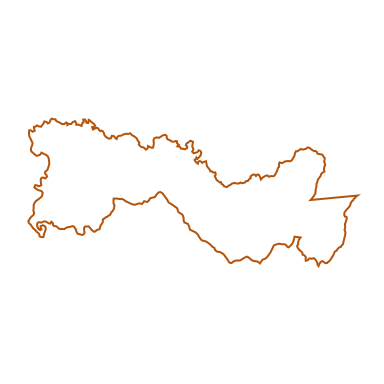 outline of Amaralina, Goiás, Brazil, rotated 357°
{"feature_id": "56859067B2639795556258", "entity_name": "Amaralina", "entity_type": "district", "adm_level": 2, "iso_a3": "BRA", "parent_name": "Brazil", "parent_adm1": "Goiás", "projection": "robinson", "projection_center": [-49.631, -13.842], "detail": "fine", "context": "isolated", "style": "outline", "palette": "amber", "viewbox_px": 384, "rotation_deg": 357, "n_neighbors": 0, "source": "geoboundaries", "source_scale": "gbopen_adm2", "svg_char_len": 6007}
<svg xmlns="http://www.w3.org/2000/svg" viewBox="0 0 384 384"><g transform="rotate(357 192 192)"><path d="M139.3,135.2L137.1,133.3L135.3,132.3L133.2,130.1L131.9,130.6L128.3,130.5L126.6,130.9L125.1,131.7L123.7,132.1L121.9,132.1L120.5,132.9L119.5,135.1L118.1,133.9L117.1,132.2L114.9,131.7L113.8,134.1L111.7,134.4L108.7,132.3L107.5,130.5L107.1,128.4L106.0,126.6L104.8,125.9L103.5,126.4L102.4,125.0L101.6,123.5L100.1,122.8L96.4,124.4L95.6,122.1L97.6,121.8L98.8,120.8L97.9,119.2L94.7,116.4L93.9,115.3L92.6,114.6L92.0,117.7L90.4,117.5L89.9,115.7L88.9,113.9L87.1,114.1L87.5,116.6L85.9,117.7L85.2,120.2L81.9,118.7L80.1,118.9L79.9,117.1L79.0,115.2L77.1,115.7L75.9,116.6L74.9,117.7L72.7,117.7L71.1,118.5L71.3,117.0L70.1,116.0L68.1,117.4L65.8,117.4L63.5,115.8L60.1,114.0L59.5,112.3L57.8,112.2L56.1,111.4L55.0,111.9L53.2,115.3L51.6,116.0L50.6,114.6L48.3,113.8L47.0,116.2L44.6,118.9L42.5,118.5L40.8,117.4L39.0,118.5L37.5,118.8L38.1,122.7L36.1,123.5L34.3,122.0L32.7,121.9L32.3,124.1L32.4,127.6L35.4,134.9L34.8,136.9L34.1,138.4L33.4,140.4L33.4,142.3L34.1,143.5L37.6,146.9L39.0,147.8L41.9,147.0L43.0,146.0L43.7,144.8L48.0,147.2L49.2,148.1L50.0,149.1L50.6,150.8L51.0,154.7L50.8,157.2L48.8,162.3L46.5,164.0L46.2,165.8L47.3,167.1L48.1,168.9L46.2,170.8L44.7,170.0L43.1,169.7L41.8,170.8L41.5,172.7L41.8,177.5L39.1,178.2L37.3,177.2L35.8,177.0L34.8,179.2L36.8,180.9L38.6,182.1L41.4,183.0L42.9,184.7L42.4,187.0L41.8,188.6L38.6,191.0L35.7,192.8L34.2,194.6L33.2,196.8L33.0,200.2L32.6,202.4L33.3,204.9L32.8,206.2L29.1,209.5L27.0,212.6L27.5,214.5L29.2,216.2L31.5,220.0L33.0,221.3L34.6,223.4L36.2,224.8L37.2,225.9L37.5,228.3L39.3,229.2L41.3,229.2L41.9,226.7L43.9,221.8L44.0,219.6L43.1,218.2L41.1,217.4L39.0,218.2L39.0,220.2L39.7,221.4L38.5,222.1L36.9,221.0L35.6,218.2L35.6,216.2L36.1,214.9L37.4,214.1L40.0,214.7L41.7,213.9L43.5,213.6L45.2,214.3L47.3,215.8L48.9,216.1L50.0,214.3L51.4,215.8L51.6,218.0L52.7,218.9L54.1,219.0L55.3,219.6L57.0,221.5L58.5,222.1L60.3,222.1L62.5,222.4L64.9,220.9L69.0,220.3L70.6,219.8L72.4,220.4L74.2,223.7L74.4,225.2L75.6,227.7L79.9,229.1L81.5,228.7L82.6,227.0L82.3,224.7L82.3,222.5L83.3,220.9L87.0,220.9L89.8,224.6L92.1,226.6L93.5,226.3L94.7,225.1L97.8,224.2L98.9,220.7L100.8,218.4L101.5,216.7L101.5,214.7L103.4,213.7L104.6,212.7L106.3,212.2L107.4,211.2L108.8,210.8L110.7,207.7L111.8,206.9L113.1,204.7L113.9,201.1L113.1,199.5L113.1,197.2L113.4,194.5L115.9,194.5L120.1,195.4L121.7,195.2L124.0,196.5L124.9,197.5L131.3,201.0L134.2,201.8L137.5,200.8L139.2,200.6L141.4,201.4L143.7,198.7L146.8,199.6L148.4,198.4L149.7,196.2L151.7,195.6L153.6,195.4L154.9,194.9L155.9,193.3L158.5,190.7L160.3,190.4L162.2,191.5L163.4,193.1L166.8,198.3L168.0,201.1L172.5,204.3L176.3,207.4L177.4,211.5L180.6,213.5L181.7,215.1L182.2,217.2L182.2,219.8L182.7,221.9L186.4,223.8L187.4,226.7L188.0,229.5L193.4,232.5L196.0,235.2L196.5,236.8L198.4,239.9L199.9,241.2L201.2,241.3L204.0,242.5L207.2,245.1L209.7,247.9L211.4,249.0L212.1,251.3L213.8,252.8L216.9,253.5L219.8,255.4L221.0,256.7L222.0,258.5L222.9,259.6L225.6,264.4L227.8,265.1L228.9,264.0L231.3,262.9L232.9,262.7L235.2,263.0L236.7,262.7L241.3,260.2L243.4,259.4L245.2,260.4L248.2,263.3L250.4,264.2L254.0,264.9L256.1,266.9L258.3,263.9L259.3,263.1L261.5,262.5L263.6,260.9L267.4,256.2L270.7,250.0L272.1,249.1L276.0,248.2L279.3,248.9L281.8,249.1L283.2,249.9L284.3,251.7L285.5,252.3L287.0,251.3L289.1,249.2L290.0,248.0L291.1,245.3L292.1,242.0L298.0,243.1L296.3,245.2L295.4,247.7L295.3,249.8L294.1,251.3L294.6,253.1L296.4,255.9L297.5,256.6L299.1,258.5L299.1,260.3L301.0,261.2L302.3,263.2L301.9,265.1L302.0,266.6L304.1,266.2L305.1,264.7L306.9,264.5L308.0,265.0L310.2,264.5L311.8,266.0L313.5,269.5L313.6,271.3L314.5,272.6L315.0,271.1L316.9,268.6L318.5,267.8L321.5,270.0L323.2,270.0L324.4,268.9L326.0,267.8L329.4,263.1L331.6,258.9L333.4,258.1L334.6,256.2L336.3,255.0L337.8,254.6L338.8,253.1L340.0,252.0L343.0,241.8L343.0,239.5L342.3,237.8L343.1,235.7L343.1,231.8L344.0,230.1L345.2,226.4L345.0,224.9L343.4,224.5L342.8,222.7L343.2,220.4L344.9,218.3L348.4,214.9L349.4,213.1L350.0,211.3L351.2,209.7L352.7,208.5L353.3,207.2L354.5,206.5L355.6,205.1L357.0,204.2L310.0,206.2L311.9,204.3L315.0,200.3L315.9,195.0L316.6,193.1L316.7,190.6L317.7,188.5L318.3,186.4L321.4,182.5L321.9,180.9L323.0,179.7L325.3,178.6L324.9,176.3L325.5,173.8L326.3,172.2L326.3,170.6L325.5,168.7L326.1,166.7L326.3,164.9L325.3,163.7L324.1,161.5L319.4,160.4L319.0,158.9L317.7,157.6L316.0,157.5L313.9,156.1L311.1,153.7L309.7,153.6L308.1,154.8L305.0,155.5L303.1,154.7L299.3,156.9L298.0,156.7L296.7,159.0L296.3,161.1L293.6,165.2L292.1,166.4L289.1,166.1L286.3,166.4L284.7,167.4L283.0,167.9L281.1,167.0L280.2,168.8L280.4,171.2L279.0,172.6L278.5,174.4L277.6,176.2L275.2,180.1L273.4,180.5L271.6,180.2L269.5,180.8L268.2,179.4L266.8,179.5L265.4,180.1L263.9,180.9L262.4,182.1L261.5,183.1L260.9,181.1L260.1,179.1L259.1,177.9L257.8,178.2L256.7,179.4L255.5,177.8L253.5,177.9L251.2,179.5L251.3,181.3L249.8,182.1L248.4,183.9L246.5,184.0L245.3,185.3L242.3,185.9L240.9,185.1L239.1,186.0L236.3,185.7L234.8,185.1L232.4,185.7L230.7,186.9L228.9,187.6L227.0,188.9L224.3,188.0L223.5,186.4L222.0,185.6L221.5,183.7L220.2,183.9L217.2,181.2L216.2,179.0L215.6,177.1L216.7,175.8L216.3,173.7L214.2,173.7L212.9,172.4L211.5,172.4L210.7,170.4L208.3,167.1L207.6,162.0L205.4,162.6L203.7,163.4L202.9,162.2L201.0,161.5L199.7,162.4L199.3,164.0L197.4,162.3L196.2,160.2L197.6,159.3L198.2,157.8L199.2,159.2L201.1,157.5L202.8,155.4L203.3,153.2L202.5,151.4L200.9,150.7L199.3,152.6L195.8,153.4L194.3,151.8L195.7,149.4L194.6,146.4L195.6,142.0L193.2,140.7L188.9,143.5L188.3,144.9L189.5,146.2L189.3,148.0L186.9,149.0L185.1,148.2L183.5,148.3L182.2,146.2L179.8,145.6L181.3,144.2L179.5,142.5L179.7,140.6L178.5,140.2L176.8,140.9L174.4,140.5L172.8,139.2L170.7,138.3L169.6,136.8L169.6,134.8L168.5,133.5L166.0,133.8L161.9,136.2L159.4,135.6L157.3,136.3L156.5,137.5L156.2,139.0L156.5,140.9L156.1,143.3L155.4,145.7L153.8,145.7L150.5,143.8L150.0,146.0L148.3,147.3L146.0,144.9L143.7,144.5L141.4,142.0L142.0,139.9L140.8,138.2L139.3,135.2Z" fill="none" stroke="#b45309" stroke-width="2"/></g></svg>